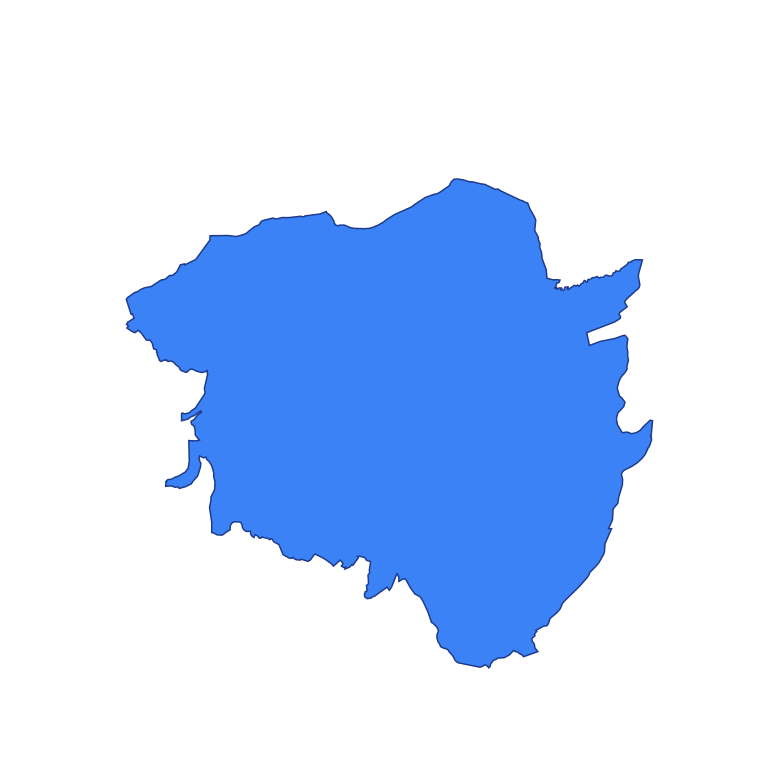 outline of Baciu, Cluj, Romania, rotated 294°
{"feature_id": "2599482B51271683564711", "entity_name": "Baciu", "entity_type": "district", "adm_level": 2, "iso_a3": "ROU", "parent_name": "Romania", "parent_adm1": "Cluj", "projection": "natural_earth1", "projection_center": [23.482, 46.828], "detail": "fine", "context": "isolated", "style": "filled", "palette": "blue", "viewbox_px": 768, "rotation_deg": 294, "n_neighbors": 0, "source": "geoboundaries", "source_scale": "gbopen_adm2", "svg_char_len": 6171}
<svg xmlns="http://www.w3.org/2000/svg" viewBox="0 0 768 768"><g transform="rotate(294 384 384)"><path d="M459.2,641.9L450.2,638.1L446.0,637.0L442.5,634.6L439.3,630.5L439.0,625.7L436.5,621.5L436.7,621.0L441.8,613.8L446.9,610.4L452.6,609.4L460.9,612.2L465.4,611.6L467.9,607.1L468.8,604.0L475.1,598.7L482.0,597.6L486.5,597.7L493.3,599.7L496.5,600.0L498.9,598.7L505.2,597.6L508.6,595.2L512.6,593.5L517.3,590.5L524.5,588.3L526.5,584.4L525.5,582.7L519.4,576.3L511.1,564.5L502.8,556.0L513.3,548.3L534.5,569.5L540.2,573.2L542.0,572.5L543.5,570.1L544.1,570.2L545.8,570.6L553.5,574.7L556.2,571.0L557.3,570.3L560.0,571.0L573.2,576.7L573.9,577.4L576.5,577.8L578.8,577.3L585.2,572.9L588.0,571.8L602.5,569.6L599.7,562.9L597.0,560.3L595.3,559.4L594.6,557.8L591.8,557.4L585.4,553.6L582.9,553.3L582.2,552.5L581.8,549.8L580.5,549.9L578.6,548.3L576.3,548.4L574.9,547.5L574.2,545.6L574.1,543.6L573.2,541.9L570.6,540.9L569.6,538.5L568.3,537.1L568.9,534.9L567.0,533.2L565.8,531.0L563.6,530.1L562.3,527.8L559.7,528.3L559.4,527.6L560.1,526.2L560.0,524.8L557.4,524.7L555.5,523.3L552.6,522.5L553.1,520.6L551.8,519.8L551.5,517.6L545.1,513.9L545.3,512.8L547.2,513.1L547.5,512.5L546.1,510.0L542.7,510.2L541.8,507.3L543.7,507.7L543.9,507.0L543.0,504.9L541.1,504.0L541.2,503.0L542.2,502.6L540.9,501.4L541.3,500.9L543.1,501.3L546.1,500.8L548.0,502.6L550.5,502.5L549.6,499.4L547.9,496.1L546.9,489.8L554.3,485.8L562.7,477.6L568.4,474.3L572.3,470.5L575.5,469.6L578.5,466.4L581.0,465.1L585.4,459.3L595.4,456.0L598.0,453.3L603.3,446.1L607.8,441.7L607.4,437.7L607.9,436.2L607.4,434.7L607.8,416.1L608.0,411.0L608.5,408.9L607.0,406.2L607.4,395.0L606.2,390.8L604.7,382.7L603.4,379.3L602.8,373.9L601.5,368.7L599.7,364.7L596.3,363.3L591.5,362.9L582.0,357.1L578.9,354.8L577.9,352.8L571.1,345.8L560.5,339.0L557.0,337.2L543.2,324.8L534.8,319.2L531.8,317.7L526.5,313.8L522.2,309.7L520.2,307.2L518.0,303.1L514.1,293.7L513.2,289.6L513.0,283.1L511.3,279.3L509.8,277.3L509.5,276.0L509.7,274.8L511.4,272.5L512.5,271.9L515.1,268.4L516.3,265.8L517.2,262.0L518.1,261.1L513.3,256.4L505.4,243.4L504.0,242.8L503.4,239.8L497.1,229.0L494.6,223.1L491.0,218.6L490.4,215.0L484.2,207.0L482.6,205.7L478.6,205.1L474.8,201.5L464.8,196.4L460.1,191.0L458.5,188.7L456.2,181.1L448.7,164.8L444.6,166.4L421.2,161.4L411.8,153.6L412.6,152.9L410.1,149.5L402.3,149.1L398.6,147.4L396.9,146.2L395.9,144.0L390.7,141.5L388.5,138.2L378.4,131.7L374.4,126.0L371.8,123.6L368.2,121.3L366.2,119.0L359.1,114.8L356.6,114.1L344.8,124.6L345.7,125.8L342.4,128.9L335.8,124.5L335.3,125.1L333.7,124.5L332.9,127.0L330.6,126.3L329.6,131.6L329.4,135.0L329.9,135.8L333.1,137.6L331.6,142.0L327.6,148.8L327.7,150.3L329.0,151.9L328.8,152.5L327.0,155.7L322.5,159.2L322.7,162.5L320.4,163.4L320.4,164.0L318.0,165.2L316.6,167.2L314.2,169.3L313.9,171.3L316.1,172.9L317.1,175.1L317.7,175.4L316.9,176.3L316.8,177.8L318.3,179.6L318.3,182.8L316.8,186.5L316.3,189.4L314.2,192.0L313.8,193.9L314.1,198.3L314.8,199.2L318.6,200.8L319.1,201.4L319.6,203.5L319.5,207.8L320.3,212.6L321.5,214.5L324.4,217.1L322.6,217.5L321.6,218.8L306.6,221.8L303.7,223.9L301.6,224.2L285.4,221.5L280.9,218.7L278.8,218.1L275.7,214.4L275.5,211.6L274.7,211.1L268.1,214.0L272.0,219.0L276.0,221.3L277.3,222.9L284.9,227.5L284.0,228.7L279.1,226.0L273.8,224.9L271.9,223.1L270.7,223.2L268.8,224.9L268.4,227.4L267.4,228.4L265.1,230.2L260.7,232.3L257.6,238.2L255.5,235.3L252.9,228.7L234.6,237.4L227.5,239.3L222.8,238.3L216.1,233.6L214.4,231.5L210.3,228.3L209.0,225.7L207.5,224.7L206.0,224.4L206.1,225.2L204.3,225.2L201.7,226.2L204.4,231.1L204.7,235.3L206.1,237.1L205.4,239.5L209.4,244.4L214.3,248.5L217.7,249.1L223.6,251.1L227.0,250.9L233.5,250.1L236.4,249.1L237.4,248.7L237.9,247.7L240.8,245.3L243.2,244.8L243.2,249.2L244.8,251.0L243.2,252.6L241.6,256.7L239.0,260.1L233.7,264.5L229.7,266.4L225.8,269.5L218.6,272.2L210.1,271.9L208.3,273.0L200.3,274.8L187.6,282.9L178.3,287.0L178.6,288.8L178.3,292.9L179.9,297.1L180.8,298.2L184.1,299.8L188.2,302.7L192.1,301.2L195.8,301.8L197.7,304.2L199.3,308.6L199.4,309.1L197.8,311.4L195.4,313.0L193.6,315.6L193.3,318.2L195.1,321.8L192.2,323.7L191.1,325.9L190.9,327.6L194.0,327.5L193.7,331.0L192.7,331.9L192.6,333.3L193.5,334.5L194.8,335.0L194.9,337.3L195.7,340.5L195.3,342.9L196.9,344.0L197.0,344.6L194.9,347.7L194.6,353.3L187.1,361.1L186.4,368.1L187.2,370.7L188.7,371.2L187.8,373.5L187.8,375.4L189.1,379.2L190.3,379.5L191.0,386.6L193.2,388.3L199.8,389.7L200.6,390.3L200.3,398.9L199.6,403.5L198.2,409.6L197.1,411.9L205.4,415.7L203.2,419.8L200.3,419.1L200.0,422.3L200.8,423.3L199.1,423.6L202.8,427.1L205.9,428.1L205.7,429.3L214.7,431.2L215.8,430.0L216.6,431.8L217.6,436.3L217.2,437.8L216.0,439.3L215.9,441.0L216.4,443.7L215.6,444.2L208.3,446.2L205.2,447.8L203.5,447.1L202.5,447.3L195.3,451.1L192.8,449.9L188.2,452.7L186.8,451.4L183.9,451.6L181.6,453.1L181.3,454.3L181.5,455.7L181.1,456.1L183.2,459.3L185.0,460.1L186.1,461.5L199.6,469.4L197.7,472.8L201.6,473.5L215.9,472.9L215.4,474.1L213.5,476.1L209.7,477.9L213.8,480.7L214.4,483.3L208.4,491.3L204.8,497.5L204.3,503.7L201.2,508.2L193.8,516.7L185.5,524.4L185.4,526.0L183.5,531.0L182.0,532.8L180.5,534.2L176.4,534.4L173.6,535.6L170.1,538.6L169.1,540.6L167.1,542.6L166.9,545.4L167.4,548.7L167.1,550.7L165.7,552.8L163.7,557.3L160.7,561.1L159.9,562.8L159.5,565.2L164.3,586.8L166.3,589.0L168.4,590.1L168.6,592.8L167.3,595.1L168.8,595.8L171.5,595.3L176.0,596.3L178.0,598.4L179.9,599.5L182.9,605.2L187.6,608.8L193.5,610.9L193.6,611.4L192.8,612.7L193.4,613.6L193.5,615.2L193.0,616.4L192.7,619.9L191.7,622.5L202.1,633.4L204.4,629.1L207.0,627.5L208.6,625.7L209.1,624.2L211.3,622.8L212.4,622.8L215.5,624.3L216.3,623.2L220.2,624.1L220.6,622.9L227.5,628.1L229.3,630.9L230.1,631.4L232.9,631.6L237.3,631.0L245.7,635.1L250.2,636.4L256.3,636.3L259.6,637.3L278.5,644.8L289.3,648.2L292.6,648.8L295.7,648.7L304.5,652.0L308.9,653.1L317.5,653.9L320.4,653.6L326.9,651.3L327.0,650.9L344.4,650.7L343.2,648.0L352.8,648.0L362.2,644.4L364.0,644.3L370.0,646.1L376.4,644.4L388.8,642.8L393.9,640.8L398.4,637.4L401.3,637.8L403.5,638.9L409.0,643.5L415.0,647.4L421.4,650.1L425.9,651.2L432.0,651.4L432.3,650.9L433.9,651.6L436.2,651.7L441.8,651.1L444.6,649.6L444.9,648.5L446.0,648.9L459.6,644.3L459.2,641.9Z" fill="#3b82f6" stroke="#1e3a8a" stroke-width="1.5"/></g></svg>